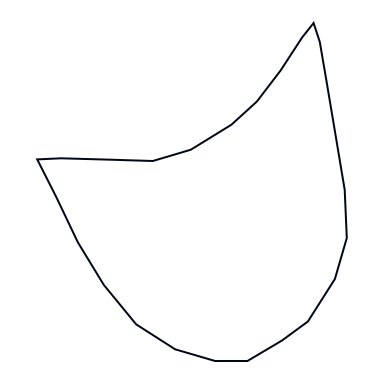 the district of Nioki, Bandundu, Democratic Republic of the Congo
{"feature_id": "63176286B71096802464930", "entity_name": "Nioki", "entity_type": "district", "adm_level": 2, "iso_a3": "COD", "parent_name": "Democratic Republic of the Congo", "parent_adm1": "Bandundu", "projection": "equal_earth", "projection_center": [17.684, -2.697], "detail": "fine", "context": "isolated", "style": "outline", "palette": "ink", "viewbox_px": 384, "rotation_deg": 0, "n_neighbors": 0, "source": "geoboundaries", "source_scale": "gbopen_adm2", "svg_char_len": 429}
<svg xmlns="http://www.w3.org/2000/svg" viewBox="0 0 384 384"><path d="M313.6,23.0L302.1,37.5L280.6,70.5L256.9,101.5L231.4,124.7L190.8,149.7L152.8,161.0L110.8,159.7L61.0,158.3L37.2,159.4L56.3,197.1L77.9,242.4L103.8,284.9L136.2,324.4L175.1,349.3L215.0,361.0L247.4,361.0L282.0,340.5L307.9,321.5L334.9,279.0L346.8,238.0L344.7,189.8L334.9,131.2L326.3,80.0L319.8,42.0L313.6,23.0Z" fill="none" stroke="#020617" stroke-width="2"/></svg>